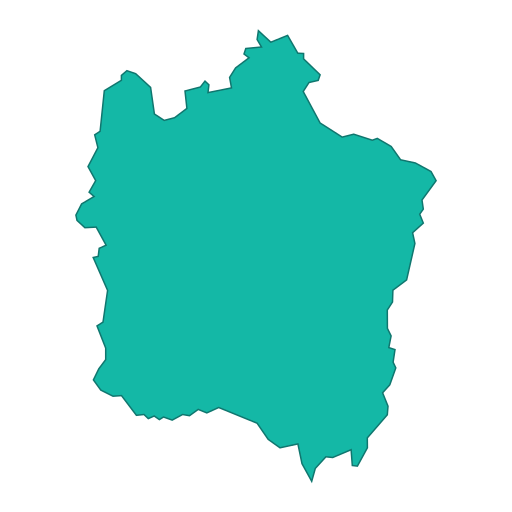 outline of Vinitsa, Vinica, North Macedonia
{"feature_id": "65306769B11231402107621", "entity_name": "Vinitsa", "entity_type": "district", "adm_level": 2, "iso_a3": "MKD", "parent_name": "North Macedonia", "parent_adm1": "Vinica", "projection": "mercator", "projection_center": [22.586, 41.86], "detail": "fine", "context": "isolated", "style": "filled", "palette": "teal", "viewbox_px": 512, "rotation_deg": 0, "n_neighbors": 0, "source": "geoboundaries", "source_scale": "gbopen_adm2", "svg_char_len": 1478}
<svg xmlns="http://www.w3.org/2000/svg" viewBox="0 0 512 512"><path d="M387.4,328.4L387.3,310.0L392.5,302.0L392.9,290.2L406.6,279.9L414.9,243.5L412.6,232.7L423.3,223.1L419.7,214.2L423.3,209.1L422.0,200.0L436.1,180.7L431.0,171.5L415.4,163.0L400.6,159.8L391.2,146.5L377.3,138.4L372.3,140.2L353.7,134.2L342.2,137.1L320.1,123.0L303.2,91.5L309.0,82.5L318.2,80.4L320.1,74.8L303.6,58.9L303.6,53.5L297.8,53.2L287.6,35.4L270.8,42.2L258.4,30.7L257.1,39.5L261.5,47.0L245.8,48.5L244.0,54.0L249.0,57.8L235.6,67.9L229.6,77.4L231.5,87.9L208.0,92.6L208.9,84.8L205.0,81.1L200.4,87.0L185.0,91.0L186.9,108.4L174.6,117.7L164.2,120.4L154.4,114.0L150.6,87.4L135.7,73.7L126.9,70.7L121.4,75.4L121.4,80.3L104.3,90.7L100.1,131.3L94.7,134.8L97.9,147.7L88.0,166.6L95.7,180.6L89.1,192.2L94.1,196.5L81.6,203.9L75.9,215.1L77.0,220.4L84.9,227.7L96.2,227.1L106.1,245.2L99.2,248.3L98.2,256.4L93.2,257.5L107.6,290.4L103.0,322.1L97.0,325.9L105.7,348.1L105.7,359.6L98.8,368.8L93.4,379.9L100.8,390.1L113.0,396.2L121.5,395.6L136.4,415.3L144.0,414.5L148.3,418.6L154.2,416.0L159.4,419.6L163.5,417.0L172.2,420.1L182.6,414.5L189.5,415.7L198.2,409.4L206.8,412.9L218.7,407.5L257.1,423.2L268.2,439.4L280.0,447.8L297.9,443.9L302.0,463.7L311.7,481.3L315.3,468.4L325.9,456.8L332.7,457.5L351.1,449.7L352.3,465.5L357.4,466.1L367.4,447.8L367.3,437.9L387.3,414.8L388.0,406.2L382.6,392.8L389.8,384.8L395.8,367.9L393.1,362.2L395.0,349.6L388.8,347.6L391.1,335.9L387.4,328.4Z" fill="#14b8a6" stroke="#0f766e" stroke-width="1.5"/></svg>